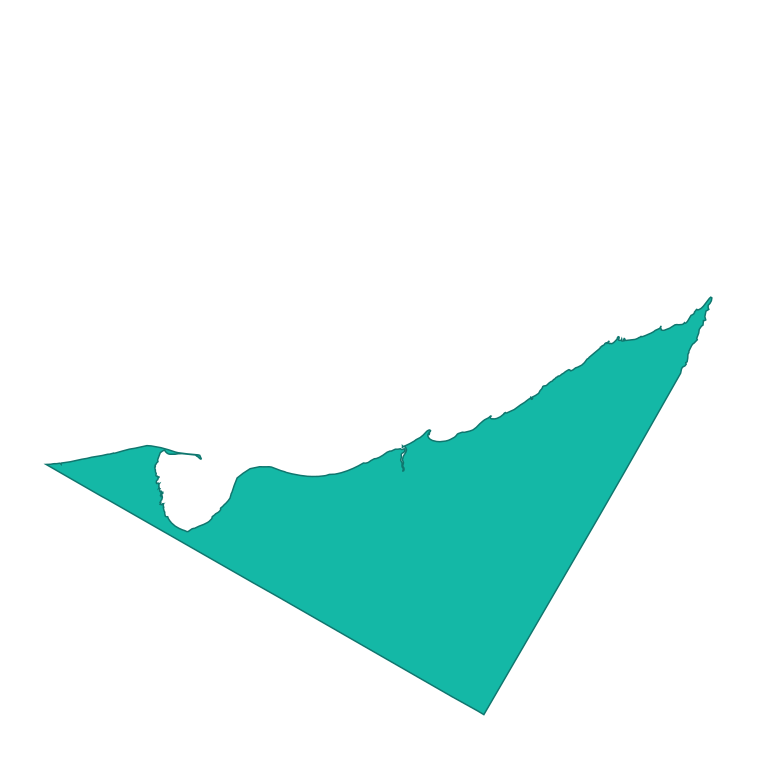 Río Grande, Tierra del Fuego, Argentina (Robinson projection), rotated 300°
{"feature_id": "61730980B7053808465014", "entity_name": "Río Grande", "entity_type": "district", "adm_level": 2, "iso_a3": "ARG", "parent_name": "Argentina", "parent_adm1": "Tierra del Fuego", "projection": "robinson", "projection_center": [-67.769, -53.608], "detail": "fine", "context": "isolated", "style": "filled", "palette": "teal", "viewbox_px": 768, "rotation_deg": 300, "n_neighbors": 0, "source": "geoboundaries", "source_scale": "gbopen_adm2", "svg_char_len": 6147}
<svg xmlns="http://www.w3.org/2000/svg" viewBox="0 0 768 768"><g transform="rotate(300 384 384)"><path d="M622.6,623.6L621.0,623.0L611.2,621.7L608.9,621.1L607.6,620.6L605.6,619.3L605.0,618.6L605.1,618.2L604.9,617.4L601.4,616.9L601.1,617.2L599.7,617.2L598.4,616.6L596.9,615.6L589.8,615.5L587.5,614.8L587.2,614.5L587.0,613.8L587.2,613.6L585.3,613.0L584.5,612.3L582.6,609.5L581.9,607.9L580.7,606.4L575.2,603.5L570.5,599.7L569.8,598.5L569.5,597.4L569.5,596.9L570.1,596.7L570.7,595.4L572.2,595.2L572.3,595.1L572.2,594.9L571.0,595.1L569.8,594.8L566.0,592.1L564.2,591.4L561.7,589.9L555.7,585.4L554.2,584.1L553.6,583.2L553.7,582.8L552.0,582.0L551.6,581.5L550.2,580.8L548.2,579.2L542.7,571.8L542.6,571.4L542.8,570.7L543.5,569.8L543.5,569.3L542.7,569.3L542.2,569.5L542.0,569.8L542.9,570.0L542.9,570.3L542.4,570.8L542.0,570.8L540.5,569.1L540.2,568.4L540.4,567.9L541.4,567.8L541.8,567.4L540.8,567.6L540.3,567.4L539.5,566.2L539.3,565.3L539.6,564.9L540.4,564.9L541.7,564.5L542.3,563.8L542.1,563.2L541.0,563.0L539.3,563.4L535.3,562.4L533.3,561.5L532.6,560.7L532.5,560.0L531.8,559.3L531.6,558.7L531.9,557.6L533.1,557.8L533.4,557.5L533.3,557.2L532.3,557.0L531.4,557.4L530.8,556.9L531.3,556.6L530.8,555.8L529.5,555.1L528.7,555.2L527.2,554.7L526.2,553.8L525.2,553.8L524.1,553.0L523.0,553.2L509.6,548.3L508.6,548.3L507.0,547.4L502.7,546.9L499.2,545.8L495.4,543.3L493.7,541.8L490.7,540.6L489.4,539.7L488.8,539.1L488.7,538.7L489.1,538.1L488.9,537.0L487.9,536.3L485.3,534.9L482.9,534.0L481.5,533.1L479.3,532.3L478.5,531.8L478.0,530.9L477.0,530.7L475.8,529.8L473.2,529.2L472.7,528.6L470.8,528.4L469.7,527.5L467.6,526.5L463.9,525.4L461.9,523.1L461.2,522.8L459.0,523.1L456.3,522.5L453.2,522.6L449.7,520.9L446.4,518.7L445.5,518.8L445.7,519.2L445.3,519.5L445.5,519.8L444.8,519.8L444.6,519.5L444.8,519.3L444.7,519.0L445.7,518.5L445.9,517.7L444.6,517.8L443.2,516.9L437.9,514.7L434.2,512.7L426.9,509.5L420.2,504.7L419.9,503.9L420.0,503.4L419.4,503.0L418.6,503.0L418.4,502.6L417.7,502.7L413.9,501.2L410.7,499.0L409.2,497.4L407.6,494.5L407.6,493.6L407.8,493.1L408.7,492.5L409.7,492.8L409.7,492.5L409.5,492.3L407.1,491.5L403.4,489.1L401.6,488.3L397.6,486.9L392.5,485.6L388.6,483.9L386.2,481.9L382.4,477.9L381.4,475.9L378.2,473.1L377.3,472.6L375.2,472.3L373.2,471.7L369.3,469.3L367.4,467.9L365.3,465.8L362.0,461.3L360.5,458.3L359.3,454.2L359.2,451.7L359.6,450.0L360.5,448.4L361.0,447.8L362.2,447.3L365.1,447.3L362.8,448.2L362.7,448.3L362.8,448.4L363.9,448.1L365.1,447.4L365.9,447.8L366.8,447.7L367.1,446.6L366.2,445.6L364.5,444.7L359.4,443.5L355.7,442.1L351.8,439.6L349.8,438.8L345.3,436.2L341.0,433.2L339.4,431.7L339.6,431.0L338.8,431.5L337.7,431.7L338.9,431.7L339.6,432.3L339.9,433.1L339.9,434.6L338.2,436.5L336.2,437.0L331.1,436.9L327.5,437.9L325.9,440.0L324.7,440.6L322.7,441.0L322.1,441.5L321.3,443.1L320.4,443.9L319.5,444.3L318.7,444.4L318.1,443.9L318.6,443.5L319.5,443.5L320.0,443.3L320.7,442.4L321.2,441.2L321.9,440.6L324.5,439.3L326.1,436.8L326.8,436.3L329.1,435.8L331.5,434.2L332.1,434.1L333.1,434.3L334.5,435.2L336.7,435.5L337.0,435.0L338.1,434.7L338.1,434.1L337.7,433.6L336.9,433.1L336.1,432.2L336.1,430.6L334.6,428.8L333.2,426.4L329.5,423.8L328.9,422.7L326.5,420.8L321.6,418.6L318.1,416.6L315.6,414.6L314.4,413.0L311.4,411.1L308.2,409.6L306.3,407.8L305.3,405.7L300.4,402.8L295.4,399.4L290.6,395.7L285.8,391.4L283.7,389.2L281.3,386.5L278.3,381.8L275.8,379.6L274.2,377.6L271.1,373.3L267.9,367.9L265.8,363.9L263.0,357.3L260.2,349.3L258.5,343.4L258.4,342.0L257.4,338.0L255.8,328.1L254.9,325.9L252.2,321.4L250.2,317.7L243.7,310.4L236.2,306.6L229.2,303.8L221.2,305.0L214.1,306.5L212.8,306.5L208.2,307.7L205.0,307.4L201.2,306.6L200.0,306.1L197.3,305.5L194.9,304.6L194.6,304.6L193.4,305.4L191.7,305.2L190.0,304.6L187.2,303.0L186.0,302.8L183.3,301.6L181.3,302.2L177.7,301.3L175.8,300.4L172.3,298.1L168.5,295.0L164.3,292.1L163.6,291.1L162.5,290.1L158.2,288.1L157.6,287.0L157.4,284.7L156.9,282.4L156.5,278.7L156.5,274.3L157.5,269.1L158.1,267.9L158.1,267.6L159.5,264.7L160.9,263.0L160.4,262.2L160.1,261.1L160.2,260.7L162.0,259.0L163.4,258.2L164.1,257.0L166.6,254.7L167.0,254.6L167.1,254.8L167.7,254.3L167.6,254.2L168.7,253.3L169.3,253.2L169.3,252.3L169.8,252.5L169.5,252.1L168.3,251.8L167.8,250.3L168.8,250.3L169.9,249.9L169.5,249.3L171.9,249.1L172.6,249.4L175.1,248.7L175.9,248.0L175.5,247.6L176.3,247.5L176.5,247.2L176.3,246.8L175.5,246.3L175.7,246.1L177.1,246.4L178.6,247.1L179.2,246.8L178.4,246.4L177.8,245.7L180.3,245.3L179.5,245.4L178.7,245.0L179.6,244.4L179.1,244.0L178.9,243.6L180.8,242.1L181.3,242.2L181.2,241.6L181.7,241.2L181.2,241.0L182.0,240.9L182.6,240.1L183.3,240.1L184.1,239.3L185.4,239.3L184.6,238.8L185.1,238.5L185.3,238.2L185.1,237.7L184.2,236.8L184.9,236.0L186.2,235.4L186.8,235.4L188.0,235.9L189.4,235.5L190.7,235.8L191.0,235.6L190.5,234.4L190.8,234.2L190.9,233.9L190.5,233.4L190.4,232.9L190.8,232.2L192.7,231.4L193.5,230.1L195.5,228.8L195.9,228.2L197.2,227.1L197.6,227.4L198.0,227.3L198.4,226.8L198.6,227.0L199.6,226.4L201.2,226.7L202.1,226.5L203.7,227.1L204.4,226.4L205.4,225.8L212.6,224.6L215.2,225.7L216.5,226.6L216.8,227.2L216.7,227.8L216.1,228.6L215.8,230.3L215.6,230.7L215.7,232.4L216.1,233.7L218.8,238.3L220.8,240.8L222.7,243.9L228.1,255.9L228.2,256.4L227.9,258.0L228.0,258.8L227.3,261.9L227.4,263.0L228.0,263.0L230.1,260.1L229.7,258.5L225.1,248.5L221.5,239.9L220.8,237.5L219.3,230.3L217.3,222.6L214.0,213.4L212.1,209.5L203.9,200.5L200.3,196.1L196.7,192.5L196.4,192.2L195.3,191.1L189.7,185.7L188.9,184.6L189.0,184.4L186.2,181.6L184.9,179.7L181.0,175.5L174.3,167.3L171.1,164.0L167.8,160.0L159.7,151.1L154.2,144.1L153.0,144.6L153.4,143.5L153.2,142.7L151.3,140.3L149.8,137.8L147.8,135.4L145.4,131.6L145.5,195.4L145.7,202.2L146.4,371.1L146.7,397.1L147.2,599.6L147.7,628.5L147.6,635.8L376.5,636.4L428.3,636.3L541.6,635.5L545.9,634.1L547.8,634.1L550.3,635.6L552.2,635.8L553.4,634.6L554.8,635.4L558.3,634.1L561.6,632.4L563.6,632.3L565.1,631.6L571.1,631.2L573.0,631.4L574.5,632.1L579.0,633.2L579.9,632.0L585.4,631.1L588.9,629.7L592.8,630.0L594.5,630.8L598.7,628.9L599.2,629.9L600.4,630.6L602.7,628.2L608.1,626.4L611.0,628.0L612.1,626.6L614.2,625.4L616.9,626.0L619.8,625.9L622.5,624.9L622.6,623.6Z" fill="#14b8a6" stroke="#0f766e" stroke-width="1.5"/></g></svg>